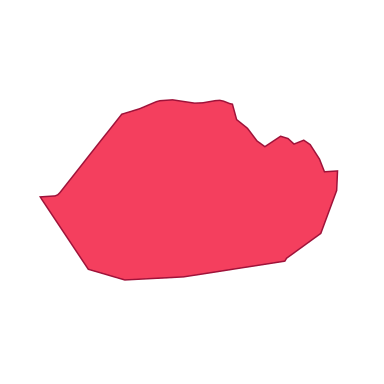 the border of Al Dhahira, rotated 69°
{"feature_id": "OMN-2414", "entity_name": "Al Dhahira", "entity_type": "Region", "adm_level": 1, "iso_a3": "OMN", "parent_name": "Oman", "parent_adm1": "", "projection": "albers", "projection_center": [55.739, 23.003], "detail": "fine", "context": "isolated", "style": "filled", "palette": "rose", "viewbox_px": 384, "rotation_deg": 69, "n_neighbors": 0, "source": "natural_earth", "source_scale": "10m", "svg_char_len": 658}
<svg xmlns="http://www.w3.org/2000/svg" viewBox="0 0 384 384"><g transform="rotate(69 192 192)"><path d="M94.2,229.7L95.5,211.3L94.9,192.9L95.3,189.2L99.0,177.1L110.0,157.7L112.6,150.0L115.1,137.4L116.4,133.2L118.5,130.0L122.9,125.2L124.5,122.8L140.4,124.4L152.4,117.4L167.7,113.0L175.8,107.7L171.7,89.3L176.5,83.2L183.8,79.6L183.7,69.1L190.1,64.7L207.0,61.2L220.6,61.1L224.5,48.6L242.4,56.4L276.8,86.6L287.7,127.4L289.8,130.1L268.2,230.3L250.0,286.3L227.0,316.5L145.0,334.9L142.2,335.4L146.6,321.2L146.5,318.3L145.3,315.6L139.1,305.2L129.7,289.4L120.3,273.7L110.9,257.9L101.6,242.1L94.2,229.7Z" fill="#f43f5e" stroke="#9f1239" stroke-width="1.5"/></g></svg>